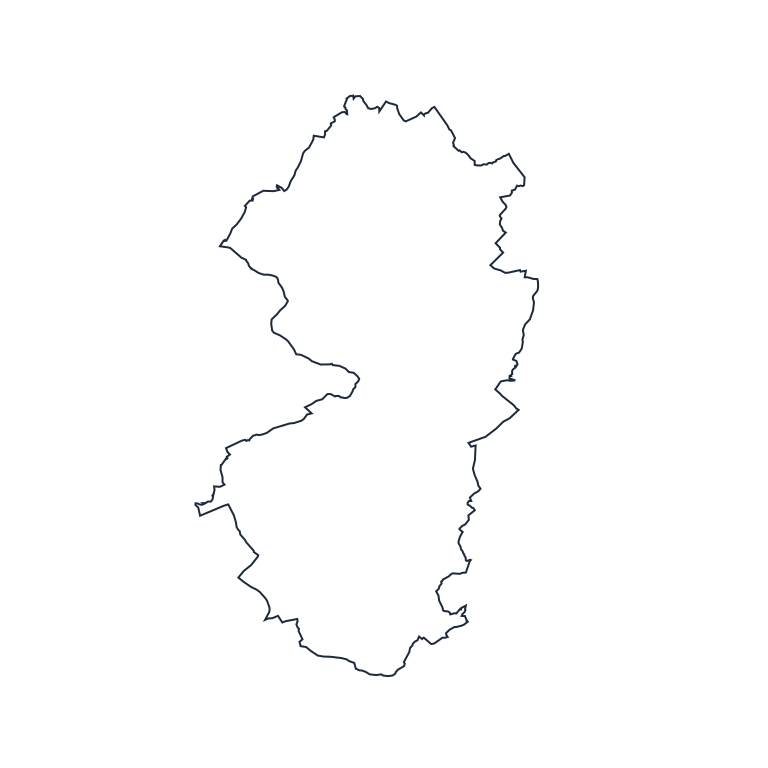 Fizesu Gherlii, Cluj, Romania (Equal Earth projection), rotated 134°
{"feature_id": "2599482B28237894043014", "entity_name": "Fizesu Gherlii", "entity_type": "district", "adm_level": 2, "iso_a3": "ROU", "parent_name": "Romania", "parent_adm1": "Cluj", "projection": "equal_earth", "projection_center": [23.963, 47.003], "detail": "fine", "context": "isolated", "style": "outline", "palette": "slate", "viewbox_px": 768, "rotation_deg": 134, "n_neighbors": 0, "source": "geoboundaries", "source_scale": "gbopen_adm2", "svg_char_len": 6166}
<svg xmlns="http://www.w3.org/2000/svg" viewBox="0 0 768 768"><g transform="rotate(134 384 384)"><path d="M398.9,597.7L393.8,590.7L392.9,588.7L392.2,574.4L390.5,569.5L391.2,568.3L391.4,565.9L392.8,563.3L393.3,560.0L392.9,559.9L393.1,558.3L392.5,557.4L391.2,551.2L389.0,546.6L385.6,543.0L383.1,539.1L381.8,535.8L381.8,534.8L382.6,532.7L384.5,530.3L385.5,524.6L386.9,520.9L390.2,515.8L390.7,511.7L391.2,510.7L396.5,509.4L403.1,509.9L408.2,509.4L415.6,509.7L419.0,507.0L423.3,501.5L423.6,498.8L421.3,492.7L420.0,485.7L419.9,482.6L421.7,472.7L423.6,467.8L420.7,464.0L418.0,455.9L417.7,451.8L414.0,443.1L407.3,436.4L405.7,435.6L406.0,434.0L402.0,428.8L399.7,422.5L399.8,417.6L396.9,413.4L396.9,408.4L397.5,405.4L400.2,404.3L403.7,404.6L406.2,402.4L409.1,402.5L411.1,401.5L416.2,400.2L419.4,400.9L421.6,402.7L422.5,404.5L423.7,405.7L423.9,408.1L425.9,410.2L427.0,410.6L428.3,415.4L430.5,417.7L437.9,417.8L443.2,421.0L448.8,422.1L455.6,424.6L455.4,415.6L459.3,418.1L465.1,417.4L467.7,417.9L474.5,421.5L478.0,424.5L492.8,432.8L500.8,434.4L505.6,436.9L507.9,438.8L508.8,440.4L512.2,442.2L516.8,442.3L518.1,441.7L518.9,443.0L520.5,443.4L520.6,445.1L523.5,446.9L539.9,453.1L541.6,449.4L541.8,445.8L545.6,446.5L546.2,445.0L547.7,445.3L547.7,445.8L554.9,444.7L555.6,445.1L559.4,441.9L563.2,435.4L566.9,431.8L567.2,428.8L571.9,430.6L575.7,435.1L578.1,432.1L580.1,431.2L580.6,430.4L583.4,430.0L583.7,429.4L583.3,429.0L586.3,427.1L588.9,426.9L591.1,429.1L593.4,429.5L595.5,431.5L595.3,430.2L597.3,431.0L598.7,433.0L599.3,434.9L600.7,436.7L602.0,435.5L601.9,431.8L606.5,424.8L583.0,414.7L578.8,412.4L582.8,400.7L586.4,394.4L589.3,390.6L590.2,387.4L590.0,385.8L592.1,382.8L592.7,376.0L593.6,372.6L594.4,362.1L595.3,361.0L594.5,355.6L596.1,354.8L606.7,353.8L615.7,355.0L624.4,354.3L623.8,347.3L622.3,338.5L620.5,333.0L619.9,329.0L620.4,321.3L621.1,317.7L624.4,311.0L625.7,309.7L627.6,308.2L636.3,305.7L633.3,304.5L629.9,301.6L624.4,299.2L626.2,291.5L623.0,290.0L613.3,283.2L614.7,281.3L617.7,280.1L619.1,277.1L619.2,275.1L621.0,273.9L624.3,265.3L628.1,265.7L630.5,261.9L627.3,257.3L626.9,251.3L625.3,242.9L622.1,238.2L617.7,233.4L610.9,224.5L608.0,219.6L607.7,217.0L605.3,211.6L608.4,206.5L607.0,202.7L605.6,201.1L603.8,197.2L602.8,192.6L598.7,187.3L594.8,184.3L594.4,182.2L591.5,178.4L587.9,175.4L584.6,174.7L582.8,175.4L579.7,175.5L573.0,173.6L570.8,174.7L570.3,176.5L559.3,179.6L555.7,181.9L552.7,181.9L550.9,182.8L548.1,182.9L545.1,181.9L541.3,183.3L541.0,179.5L538.8,179.2L538.3,169.5L536.0,167.7L525.9,165.7L524.1,163.8L521.8,162.5L521.1,165.1L520.1,166.3L515.1,166.1L509.8,164.5L509.0,163.5L504.5,160.6L501.6,159.3L498.1,158.8L497.7,159.4L496.8,158.8L496.6,160.5L494.7,164.6L496.9,167.0L495.0,167.8L492.3,167.6L490.1,168.3L489.7,169.3L486.6,171.2L492.2,173.0L492.7,172.9L492.2,172.5L492.7,172.0L493.4,172.9L499.0,172.6L499.6,173.8L503.7,176.3L502.8,177.8L503.1,179.9L505.6,183.1L505.7,184.3L504.0,187.0L501.5,193.9L498.4,197.8L496.9,202.5L493.5,202.3L491.1,203.6L487.4,204.0L486.4,205.6L484.8,205.3L483.8,205.8L477.5,203.8L473.6,203.6L472.3,202.8L467.9,197.6L465.1,196.3L462.8,194.1L451.7,199.3L450.4,199.3L450.7,200.0L453.7,201.4L454.0,202.6L452.0,204.9L451.6,207.0L450.7,208.3L450.8,209.2L449.7,211.3L449.5,213.6L447.8,216.1L446.8,219.6L445.8,220.8L441.0,223.3L435.8,224.6L436.1,228.8L435.7,229.2L431.7,229.2L428.7,228.0L422.8,228.6L419.9,232.0L411.7,231.0L411.2,233.5L411.9,234.6L411.9,237.5L412.6,240.2L411.5,241.2L409.1,241.6L407.6,240.0L406.1,243.3L405.3,243.3L400.4,243.1L395.8,241.7L392.3,241.8L391.4,246.0L389.5,248.5L386.5,255.6L383.2,261.2L375.6,265.7L364.6,275.4L368.6,277.8L367.6,282.3L351.5,274.3L338.1,272.3L328.1,272.0L321.5,269.8L309.1,269.2L309.7,271.9L309.1,275.8L310.6,291.1L310.3,293.7L310.6,300.2L301.0,301.8L295.8,298.1L294.0,295.4L290.9,292.6L290.5,292.9L292.9,297.6L291.1,299.1L289.9,298.0L289.6,298.5L289.9,299.0L287.6,298.7L286.3,300.4L284.4,301.4L280.7,300.9L279.9,301.0L280.2,302.1L279.6,302.3L278.9,301.3L277.0,301.7L275.5,304.7L276.8,308.3L276.5,308.6L270.9,310.2L267.4,308.7L262.9,309.5L257.3,313.3L255.9,315.3L251.8,317.4L248.7,321.6L243.1,323.9L236.3,324.0L227.5,327.9L221.0,332.9L219.2,336.1L217.4,337.8L210.2,338.5L207.4,340.3L203.5,344.3L202.0,346.6L204.7,349.6L207.4,354.8L209.5,356.9L204.0,360.6L208.3,363.8L207.6,365.3L217.1,371.6L219.8,373.9L221.3,379.1L224.4,385.0L224.6,390.0L206.7,389.6L206.5,394.1L205.4,395.2L205.2,401.5L190.5,401.6L191.1,404.9L189.7,407.5L188.8,411.5L186.2,413.6L183.4,414.4L182.9,416.9L182.2,418.0L173.0,418.3L171.7,418.8L170.7,420.5L170.5,425.1L169.0,430.1L160.9,424.3L157.5,424.9L156.1,426.4L153.2,424.8L148.9,426.1L148.1,424.5L146.4,423.6L145.2,421.6L143.7,421.3L137.6,426.5L135.1,444.5L131.7,454.1L136.0,455.3L136.7,456.2L141.2,457.1L143.5,458.3L145.1,458.8L146.3,458.1L148.6,459.4L150.3,459.4L150.8,460.9L152.3,462.2L154.7,462.5L156.9,465.1L159.3,465.9L162.0,468.7L163.4,470.9L160.6,473.7L161.5,478.6L160.8,481.7L160.8,485.8L161.9,488.3L163.3,489.0L163.4,491.9L164.4,492.3L164.6,499.4L163.6,499.7L162.5,501.9L157.8,503.7L155.0,511.9L155.5,513.8L153.9,518.3L149.7,540.2L152.1,541.1L158.5,540.8L160.4,542.1L162.5,542.5L163.0,542.0L163.0,546.1L169.2,546.5L180.0,550.8L180.7,552.9L179.3,560.4L176.8,565.5L174.9,567.8L175.0,569.3L178.5,575.7L179.3,578.8L191.2,576.7L188.8,579.2L189.2,581.4L192.0,582.1L195.2,584.4L196.6,587.0L195.7,589.7L194.7,595.6L193.6,597.1L193.5,601.3L196.9,604.4L199.8,604.1L198.0,606.5L200.7,608.6L204.5,609.2L204.5,608.7L211.4,605.9L212.2,605.2L211.9,603.9L212.9,602.7L212.9,600.8L215.5,597.8L215.8,598.2L215.6,601.3L217.9,603.1L227.0,605.5L228.1,602.9L229.2,601.9L233.6,603.3L234.7,601.6L235.4,601.5L241.7,601.0L243.2,602.0L245.3,599.8L248.3,598.5L254.2,607.0L257.4,604.6L266.0,602.2L271.4,602.9L274.3,602.4L281.3,598.6L288.4,596.3L291.7,595.8L296.2,593.4L303.3,591.9L308.2,589.6L311.7,589.1L314.5,589.8L314.0,593.8L315.4,599.0L316.5,598.4L316.4,597.5L317.1,597.1L316.7,595.8L317.1,594.1L322.0,597.4L328.9,605.1L340.2,608.7L342.9,607.3L343.1,607.0L342.2,606.6L343.3,605.9L345.5,608.0L352.6,607.8L352.6,606.0L356.6,603.8L364.2,601.7L371.3,600.8L377.7,601.1L382.6,599.1L390.4,596.9L391.5,597.7L390.9,598.5L392.2,598.9L398.9,597.7Z" fill="none" stroke="#1e293b" stroke-width="2"/></g></svg>